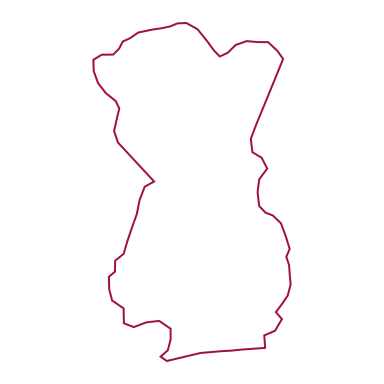 Bom Jesus do Oeste, Santa Catarina, Brazil
{"feature_id": "56859067B58988295597686", "entity_name": "Bom Jesus do Oeste", "entity_type": "district", "adm_level": 2, "iso_a3": "BRA", "parent_name": "Brazil", "parent_adm1": "Santa Catarina", "projection": "robinson", "projection_center": [-53.096, -26.684], "detail": "fine", "context": "isolated", "style": "outline", "palette": "rose", "viewbox_px": 384, "rotation_deg": 0, "n_neighbors": 0, "source": "geoboundaries", "source_scale": "gbopen_adm2", "svg_char_len": 1092}
<svg xmlns="http://www.w3.org/2000/svg" viewBox="0 0 384 384"><path d="M278.7,69.9L283.1,58.9L277.2,50.6L268.0,42.1L257.6,42.1L246.8,41.1L235.6,45.0L227.9,52.7L219.8,56.5L213.9,50.4L207.1,41.1L197.5,29.2L186.4,23.0L177.4,23.4L170.5,26.3L162.5,28.1L152.3,29.6L138.3,32.5L129.9,38.3L122.8,41.5L119.1,48.6L113.2,54.6L101.7,54.7L93.4,59.8L93.7,71.0L98.0,83.0L105.8,93.1L115.7,101.1L119.3,108.5L116.8,118.8L114.1,131.0L118.0,142.6L154.1,181.5L144.7,186.7L139.6,200.1L136.8,214.1L132.0,227.5L127.6,240.5L123.6,253.9L115.2,260.6L114.9,271.7L108.9,276.8L109.2,289.2L112.1,300.5L123.6,308.4L123.9,323.3L133.8,327.1L146.2,322.4L159.1,320.9L170.6,328.7L170.6,339.6L167.8,350.3L160.6,356.6L166.8,361.0L200.3,353.0L221.1,351.2L231.7,350.6L240.1,349.7L265.1,347.9L264.3,335.4L275.1,330.7L281.9,319.1L275.9,312.1L282.0,304.1L287.8,295.4L290.6,284.7L289.7,274.0L289.1,265.2L286.3,256.8L289.7,248.9L285.8,236.4L281.0,223.3L272.8,215.5L265.5,212.6L259.2,206.1L257.6,192.2L259.2,179.3L267.2,168.6L261.7,157.8L252.4,152.2L250.8,138.8L255.9,125.4L278.7,69.9Z" fill="none" stroke="#9f1239" stroke-width="2"/></svg>